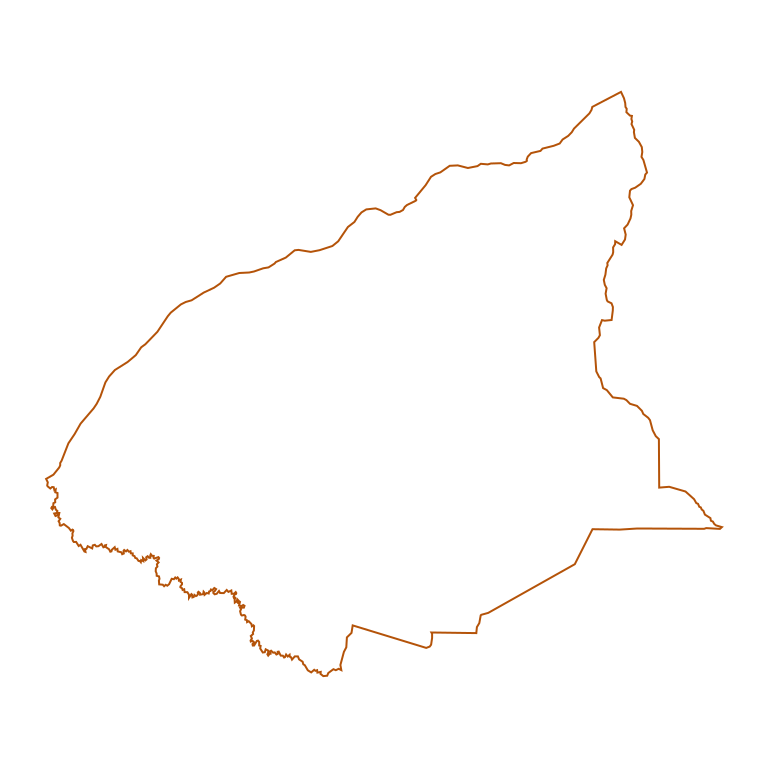 the district of Manaure, La Guajira, Colombia
{"feature_id": "7082276B63219167188036", "entity_name": "Manaure", "entity_type": "district", "adm_level": 2, "iso_a3": "COL", "parent_name": "Colombia", "parent_adm1": "La Guajira", "projection": "equal_earth", "projection_center": [-72.635, 11.626], "detail": "fine", "context": "isolated", "style": "outline", "palette": "amber", "viewbox_px": 768, "rotation_deg": 0, "n_neighbors": 0, "source": "geoboundaries", "source_scale": "gbopen_adm2", "svg_char_len": 6056}
<svg xmlns="http://www.w3.org/2000/svg" viewBox="0 0 768 768"><path d="M721.9,527.1L716.0,525.4L714.2,523.9L712.9,521.6L710.9,520.7L710.4,518.1L704.9,514.6L703.4,510.8L701.7,509.5L700.8,507.4L699.3,506.8L698.0,503.8L696.3,503.1L694.1,499.2L685.5,491.5L669.2,486.8L659.2,487.6L658.9,439.1L655.8,436.2L652.7,430.3L650.0,420.2L648.2,417.8L643.3,414.0L641.9,410.8L637.0,405.9L630.0,403.8L626.4,400.1L623.8,398.7L612.8,397.4L606.8,390.1L603.1,388.1L600.6,378.4L599.2,377.1L596.3,371.4L594.2,342.1L598.4,337.9L599.9,335.2L599.1,327.5L602.0,320.1L604.7,320.7L611.6,320.0L612.8,310.5L612.9,307.0L611.5,303.3L607.6,301.4L606.8,299.9L605.6,293.7L606.6,288.2L604.8,284.8L603.8,279.9L605.4,274.7L606.2,268.4L607.6,265.3L607.3,263.0L612.6,254.6L613.2,252.1L613.1,247.4L615.1,244.2L615.2,241.2L621.6,244.9L625.0,239.5L625.7,234.6L624.1,228.3L627.6,224.6L630.5,218.4L631.3,214.7L631.2,211.0L633.0,205.2L629.3,197.3L630.0,190.7L631.4,189.1L635.2,187.7L640.8,183.8L644.4,179.0L645.3,174.5L647.0,172.6L643.4,160.0L641.5,156.9L642.3,152.0L641.8,147.1L638.9,141.8L634.9,137.9L633.9,132.1L634.2,129.8L631.5,124.1L632.2,121.5L631.4,119.0L631.9,115.9L630.0,115.6L626.4,112.2L626.7,108.8L625.5,107.0L625.2,103.0L624.0,98.3L621.0,91.9L592.3,106.9L591.5,109.9L589.4,113.4L574.0,128.6L571.8,132.2L568.2,135.9L562.6,139.5L559.7,143.5L553.7,145.8L542.5,148.6L540.5,150.9L531.1,153.1L527.8,156.6L526.7,159.4L526.9,160.8L525.6,161.8L521.0,163.2L513.7,163.0L509.1,165.4L505.0,164.9L500.9,163.2L490.9,163.5L487.8,164.4L480.8,163.8L477.5,166.1L467.9,168.0L457.8,165.4L449.7,165.8L440.3,172.4L435.4,174.0L431.0,176.8L425.6,185.2L415.1,197.9L416.3,200.0L415.8,200.7L407.0,205.0L404.8,206.9L403.0,210.0L399.6,211.9L396.6,212.2L390.4,214.8L388.4,214.7L380.6,210.2L375.7,208.4L366.3,209.4L361.5,212.4L357.7,216.8L354.4,222.0L347.9,227.0L338.2,241.3L332.4,246.0L319.5,250.2L310.8,251.9L298.5,249.9L294.7,250.3L285.8,257.6L275.9,262.0L274.5,263.6L268.5,267.4L263.2,268.3L254.0,271.5L249.2,272.5L239.3,273.0L226.1,276.8L220.2,283.5L214.1,287.7L203.7,292.6L191.6,300.3L185.7,302.0L180.9,304.4L170.8,312.6L167.8,316.2L157.4,331.8L145.4,344.2L141.2,347.3L135.8,355.1L127.6,362.0L114.9,370.0L109.1,376.5L105.4,382.4L100.3,396.8L96.7,403.8L93.6,408.4L80.6,423.6L74.6,434.1L68.4,443.3L61.6,460.7L60.2,463.0L60.2,465.4L59.2,467.5L53.4,474.7L46.1,478.9L47.8,482.3L47.2,485.4L47.6,486.3L50.3,488.5L52.1,487.0L53.7,487.2L54.4,490.2L55.7,489.4L55.3,492.3L57.5,493.0L57.5,497.6L55.1,499.4L55.2,502.3L53.4,503.2L53.2,506.5L52.0,506.8L51.3,508.1L52.4,509.4L53.8,507.2L55.0,507.0L55.8,509.6L57.4,511.0L56.7,513.0L54.2,513.5L55.5,516.0L57.1,515.4L58.2,513.0L59.3,513.0L58.4,517.4L60.3,518.8L58.6,521.2L59.6,522.9L59.8,525.4L60.9,525.7L63.8,524.1L68.9,528.0L70.9,530.7L72.4,529.6L73.1,530.0L73.4,531.1L72.4,533.4L72.6,535.7L71.9,537.8L73.0,541.0L73.8,542.0L76.1,541.9L78.7,546.0L80.5,544.8L84.4,551.5L85.5,551.9L85.0,549.1L86.4,548.9L87.7,546.2L92.2,548.4L92.8,545.4L94.8,544.8L96.3,546.4L98.4,546.2L101.5,544.0L103.4,547.3L104.8,546.8L104.9,545.4L106.0,545.1L105.6,546.9L109.1,549.3L110.3,551.7L111.4,551.4L111.9,549.7L114.7,547.2L115.4,549.7L117.4,548.9L117.7,551.4L121.4,552.3L122.2,554.2L123.8,553.5L123.6,550.7L124.2,550.0L126.0,551.4L127.4,550.0L128.9,551.7L130.5,551.2L130.8,553.3L132.7,553.4L132.7,555.4L134.5,556.1L135.3,558.0L136.7,558.3L138.5,560.9L139.8,561.0L140.8,562.2L141.2,560.1L143.3,561.2L143.0,557.9L145.4,560.4L146.6,559.4L146.2,557.3L147.6,556.2L149.1,557.8L150.3,557.8L150.3,555.3L150.8,554.2L152.0,555.8L153.7,555.9L153.5,557.8L154.2,558.6L158.4,557.1L159.1,558.0L158.7,559.2L156.5,560.6L158.6,562.4L156.9,564.3L157.4,566.6L155.9,568.2L155.7,571.3L156.6,573.5L156.7,575.8L159.0,576.4L159.5,578.8L158.9,580.6L159.2,584.4L162.8,584.7L164.1,586.2L165.7,584.8L167.3,585.7L169.1,584.2L171.7,578.8L173.9,579.2L175.2,577.5L176.3,578.6L177.6,577.4L178.7,578.8L178.9,580.5L180.9,579.6L180.4,581.7L182.0,582.9L182.0,584.3L180.4,586.4L180.4,587.3L182.1,588.3L182.6,589.9L184.2,589.3L184.6,592.1L187.4,592.2L189.0,594.8L189.0,597.8L191.4,594.1L192.0,594.6L192.4,597.4L193.7,597.0L194.4,594.9L195.9,596.1L196.8,595.7L198.0,594.2L197.8,592.5L198.5,591.8L200.0,593.1L200.1,594.7L203.2,594.1L203.6,591.7L204.3,592.5L204.6,594.8L206.8,593.0L208.7,593.5L209.1,591.5L210.5,591.0L210.9,589.5L212.5,590.0L214.3,588.0L216.1,589.1L214.6,591.3L213.3,591.9L213.4,593.1L214.7,594.3L216.7,593.8L219.0,591.0L220.1,593.0L223.8,593.1L226.7,590.0L228.4,591.9L231.3,590.5L231.7,593.8L234.0,593.7L235.7,592.1L236.3,593.1L235.9,594.1L234.5,594.6L233.5,596.7L233.9,597.8L234.8,597.4L235.3,598.0L234.6,599.6L234.8,602.6L236.7,601.3L237.3,599.3L238.4,600.5L237.3,602.0L237.9,602.9L238.9,603.1L239.1,601.2L240.0,601.9L239.0,605.5L241.7,606.0L243.2,605.0L244.5,605.8L243.9,607.6L240.2,607.8L241.0,609.3L240.1,611.2L241.0,614.7L241.9,615.5L244.0,615.0L245.0,615.5L245.6,616.7L245.2,619.6L246.9,620.2L247.1,622.1L248.7,621.2L251.4,624.0L251.9,626.3L253.4,625.3L254.1,626.0L253.9,630.4L252.8,632.5L253.1,634.0L250.8,636.0L251.9,638.4L250.6,640.5L250.8,641.5L252.5,640.8L254.0,642.2L252.5,644.1L252.8,645.5L254.1,645.5L256.9,640.9L258.0,640.6L259.2,642.0L259.2,645.5L260.6,645.9L260.2,648.5L262.8,652.5L264.8,652.2L265.7,649.3L268.2,650.6L268.2,652.5L267.4,654.3L268.2,655.6L269.5,654.0L270.6,653.7L270.0,651.4L271.1,650.7L273.2,652.7L274.7,652.4L276.4,654.5L277.6,654.0L277.7,651.8L278.7,651.6L280.7,655.6L282.9,655.7L284.1,657.5L284.9,657.2L286.1,654.5L287.7,656.5L289.6,654.8L289.8,656.7L291.0,657.2L292.0,659.6L294.8,656.4L297.9,656.4L299.1,659.4L302.6,661.7L303.3,664.3L304.8,665.2L307.8,670.3L311.2,672.4L314.2,669.8L315.4,670.8L317.1,670.2L317.4,672.6L320.7,671.9L320.5,673.9L323.3,676.1L327.2,675.7L328.3,673.0L333.4,669.2L335.8,670.2L338.7,668.8L341.3,670.1L340.4,665.0L343.9,651.9L346.3,647.3L346.9,637.4L351.5,632.9L352.7,625.4L426.2,647.9L429.7,646.6L431.1,644.7L432.1,638.0L432.1,633.8L431.4,632.5L476.3,633.1L476.9,627.1L479.3,623.1L480.7,615.4L481.3,614.8L488.2,612.9L574.8,564.2L592.5,529.2L619.8,529.6L637.4,528.5L704.2,528.8L706.2,528.1L719.9,528.9L721.9,527.1Z" fill="none" stroke="#b45309" stroke-width="2"/></svg>